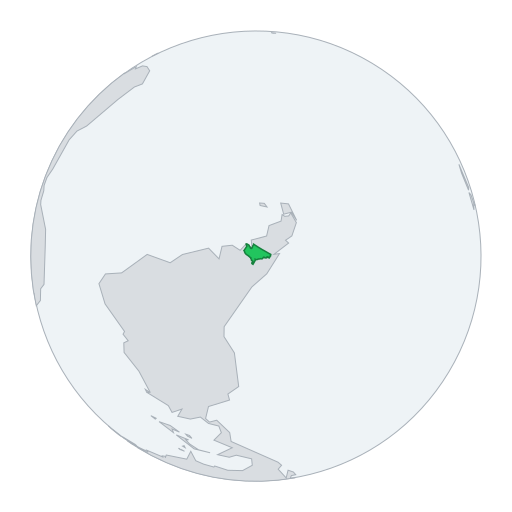 globe centered on Río Negro, rotated 211°
{"feature_id": "ARG-1297", "entity_name": "Río Negro", "entity_type": "Province", "adm_level": 1, "iso_a3": "ARG", "parent_name": "Argentina", "parent_adm1": "", "projection": "orthographic", "projection_center": [-67.714, -39.784], "detail": "fine", "context": "on_globe", "style": "filled", "palette": "green", "viewbox_px": 512, "rotation_deg": 211, "n_neighbors": 0, "source": "natural_earth", "source_scale": "10m", "svg_char_len": 5839}
<svg xmlns="http://www.w3.org/2000/svg" viewBox="0 0 512 512"><g transform="rotate(211 256 256)"><circle cx="256" cy="256" r="225" fill="#eef3f6" stroke="#a8b0b8"/><path d="M259.2,30.7L246.9,31.3L262.8,30.9L264.8,31.4L268.4,31.7L272.9,31.9L275.2,31.8L277.6,32.3L262.7,32.3L260.4,31.9L265.1,31.7L257.6,31.6L247.6,32.6L249.4,33.3L232.4,35.7L233.4,36.4L230.3,37.7L229.8,36.2L230.4,39.2L210.7,46.2L211.3,55.0L202.2,49.5L193.7,50.6L183.4,53.4L183.3,54.7L169.8,57.8L157.0,65.1L151.4,74.7L155.3,79.9L170.3,75.1L175.3,69.7L186.6,65.9L177.6,79.4L197.2,76.5L194.7,86.7L200.3,91.1L210.4,88.0L220.7,89.3L228.3,82.4L240.5,78.3L240.6,86.7L247.4,78.7L254.1,82.6L278.5,82.9L276.6,84.7L297.1,97.0L319.4,105.4L324.6,113.5L321.9,117.5L329.7,120.5L329.8,123.6L360.7,137.2L376.4,151.4L375.8,163.1L362.5,172.3L350.1,201.3L326.1,206.0L319.8,219.4L300.7,238.3L286.2,234.5L290.1,246.8L281.9,253.0L272.5,252.7L270.7,261.3L263.7,261.1L268.3,267.2L257.2,278.6L260.5,288.8L252.5,298.8L255.0,305.0L251.8,304.8L248.6,307.2L248.4,310.8L238.6,305.4L235.6,291.7L238.8,284.7L234.7,283.9L241.5,266.6L237.1,270.2L237.6,246.3L243.6,227.4L246.9,179.0L241.9,170.4L224.6,161.8L203.6,135.2L209.0,123.2L204.5,118.9L219.2,102.5L215.5,90.7L210.3,89.7L205.1,95.0L187.6,91.1L181.8,84.2L130.9,90.6L126.3,89.8L127.2,84.7L115.8,81.3L118.2,88.9L112.7,90.1L109.3,89.0L112.6,86.0L112.2,83.2L108.1,86.1L108.7,85.6L121.5,75.3L134.9,66.0L149.1,57.7L163.7,50.5L178.9,44.3L194.5,39.3L210.4,35.4L226.6,32.7L242.9,31.1L259.2,30.7ZM209.7,58.8L232.2,61.6L219.1,63.7L221.6,62.3L216.0,60.7L205.4,60.3L194.0,63.7L209.7,58.8ZM220.6,51.6L216.7,51.8L220.6,51.2L220.6,51.6ZM255.0,317.4L239.5,307.5L248.2,311.8L253.8,306.1L262.1,314.1L255.0,317.4ZM271.8,303.7L278.5,301.4L280.2,303.3L276.0,305.4L271.8,303.7ZM462.8,345.4L463.0,344.0L456.2,356.7L455.7,354.3L451.2,360.5L447.0,362.2L442.5,360.0L442.0,345.0L447.3,338.2L455.0,319.0L468.1,280.2L473.8,270.9L476.0,259.4L475.0,225.7L475.6,215.6L474.0,207.4L471.5,202.6L469.0,192.9L467.0,189.1L450.0,170.4L441.4,155.3L423.1,122.5L423.7,117.0L417.9,106.8L418.7,100.2L429.7,112.5L439.7,125.6L448.7,139.4L456.8,153.8L463.7,168.8L469.5,184.2L474.2,200.0L477.7,216.1L480.0,232.5L481.2,248.9L481.1,265.4L479.8,281.9L477.3,298.2L473.6,314.3L468.8,330.0L462.8,345.4ZM425.2,107.5L427.1,110.0L425.2,107.5ZM279.3,82.8L282.2,84.7L278.3,84.5L279.3,82.8ZM217.0,66.7L221.9,66.3L224.4,67.1L220.6,67.9L217.0,66.7ZM258.3,64.3L263.9,65.0L258.0,65.5L258.3,64.3ZM235.8,62.1L253.8,64.1L242.2,66.5L230.9,65.6L238.8,64.5L235.8,62.1ZM218.0,55.2L221.0,55.2L219.9,56.4L218.0,55.2ZM223.5,51.3L222.3,51.5L220.9,50.9L223.5,51.3ZM265.7,31.4L266.9,31.4L271.4,31.7L269.2,31.7L265.7,31.4ZM284.5,32.5L291.9,33.6L295.1,34.4L291.3,33.6L288.8,33.4L277.8,31.9L281.3,32.1L284.5,32.5ZM265.0,30.9L271.2,31.3L264.1,30.9L265.0,30.9ZM358.2,455.2L353.5,457.3L356.2,455.7L358.2,455.2ZM444.2,379.8L445.7,377.6L448.1,373.6L444.2,379.8ZM108.9,424.2L107.7,421.9L114.2,426.7L122.6,433.0L129.3,439.1L108.9,424.2ZM103.2,419.1L97.3,414.2L94.0,412.1L96.1,412.7L92.9,407.8L106.2,420.1L103.2,419.1Z" fill="#d9dde1" stroke="#a8b0b8" stroke-width="1"/><path d="M244.2,265.0L244.1,264.9L244.1,264.7L244.0,264.3L243.9,264.3L243.9,264.2L243.8,263.9L243.6,263.6L243.8,263.4L243.8,263.2L243.7,263.1L243.7,262.9L243.7,262.7L243.6,262.4L243.7,262.1L243.7,261.9L243.7,261.7L243.7,261.4L243.7,261.1L244.1,261.1L244.3,261.2L244.5,261.1L245.2,261.4L245.4,261.4L245.5,261.4L245.8,261.2L246.1,260.8L246.2,260.7L246.1,260.4L245.9,260.3L245.8,260.2L246.0,259.9L246.2,259.7L246.3,259.6L246.5,259.4L246.8,259.3L247.0,259.3L247.3,259.3L247.3,259.2L247.5,259.0L247.8,259.2L248.0,259.2L248.5,259.1L248.6,258.8L248.8,258.8L248.8,258.7L248.9,258.3L248.9,258.2L249.0,257.9L249.1,257.7L249.1,257.4L249.1,257.1L249.2,256.9L249.3,256.7L250.1,256.2L250.5,256.2L250.8,255.9L251.0,255.8L251.2,255.5L251.3,255.4L251.5,255.2L251.8,255.0L252.0,255.0L252.2,254.9L252.3,254.8L252.4,254.6L252.6,254.4L252.7,254.1L252.8,254.0L252.9,253.9L253.0,253.9L253.1,253.7L253.3,253.4L253.5,253.3L253.7,253.2L253.9,253.0L254.0,252.9L254.3,252.9L254.5,252.9L254.8,252.9L255.1,252.8L255.0,252.7L254.6,251.9L254.4,251.7L254.3,247.9L254.3,247.3L255.6,247.4L255.7,247.5L255.8,247.6L256.0,247.8L256.0,248.1L256.0,248.3L255.9,248.4L255.7,248.5L255.5,248.8L255.5,249.0L255.7,249.3L255.8,249.2L255.9,249.3L256.0,249.4L256.2,249.7L256.3,249.9L256.4,250.0L256.5,250.0L256.8,250.0L257.0,250.0L257.3,249.9L257.5,249.8L257.7,250.0L257.8,250.3L257.9,250.5L258.0,250.6L258.3,250.8L258.5,250.8L258.8,250.9L258.9,251.0L259.0,251.1L259.3,251.2L259.4,251.3L259.5,251.5L259.5,251.8L260.1,251.9L260.6,251.8L261.4,252.0L261.5,252.0L261.8,252.1L262.1,252.2L262.2,252.3L262.3,252.3L262.3,252.2L262.5,252.1L262.8,252.2L263.0,252.3L263.4,252.3L263.5,252.3L264.0,252.3L264.4,252.3L264.5,252.3L264.8,252.3L265.7,252.5L265.9,252.5L266.9,252.9L267.1,253.1L267.3,253.2L267.6,253.5L267.9,253.6L268.0,253.7L268.1,253.8L268.2,254.0L268.3,254.0L268.7,254.3L268.8,254.4L268.9,254.5L269.1,254.5L269.0,256.7L268.9,258.8L268.9,259.8L269.5,260.1L269.9,260.4L270.1,260.6L270.4,260.9L270.4,261.0L270.5,261.2L270.6,261.3L270.4,261.5L270.1,261.6L269.8,261.7L269.6,261.7L269.0,261.7L268.9,261.7L268.5,261.7L268.1,261.7L267.6,261.7L267.4,261.6L267.1,261.3L267.0,261.2L266.9,261.2L266.7,261.0L265.8,260.6L265.4,260.5L265.1,260.3L264.9,260.3L264.7,260.2L264.5,260.3L264.4,260.2L264.5,260.1L264.8,260.2L264.7,260.0L264.8,259.9L264.7,259.8L264.4,259.8L264.2,259.8L264.3,259.8L264.3,260.0L264.0,260.0L263.7,260.2L263.7,260.3L263.6,260.5L263.5,260.8L263.6,261.6L263.7,262.1L263.8,262.4L263.8,262.5L264.0,262.8L264.0,263.0L263.9,263.3L263.9,263.5L264.0,263.9L264.0,264.0L263.9,264.2L263.8,264.5L263.7,264.6L263.7,264.8L263.8,264.9L263.7,264.9L261.8,264.8L260.9,264.8L258.4,264.7L254.9,264.7L253.9,264.7L251.4,264.8L251.1,264.8L245.7,264.9L244.2,265.0L244.2,265.0Z" fill="#22c55e" stroke="#15803d" stroke-width="1.5"/></g></svg>